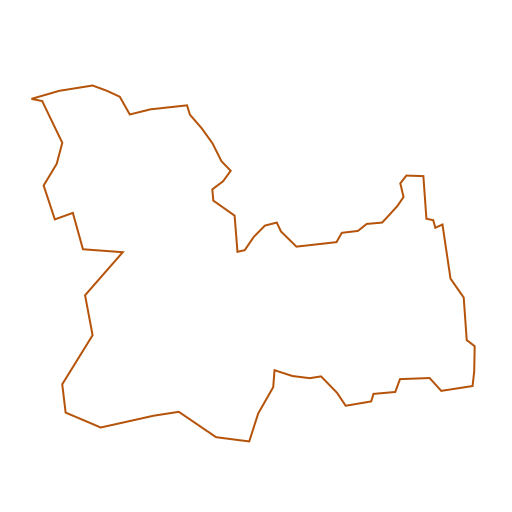 Lezhë, Lezhë, Albania (Equal Earth projection), rotated 265°
{"feature_id": "67620474B20431026689517", "entity_name": "Lezhë", "entity_type": "district", "adm_level": 2, "iso_a3": "ALB", "parent_name": "Albania", "parent_adm1": "Lezhë", "projection": "equal_earth", "projection_center": [19.698, 41.807], "detail": "fine", "context": "isolated", "style": "outline", "palette": "amber", "viewbox_px": 512, "rotation_deg": 265, "n_neighbors": 0, "source": "geoboundaries", "source_scale": "gbopen_adm2", "svg_char_len": 1093}
<svg xmlns="http://www.w3.org/2000/svg" viewBox="0 0 512 512"><g transform="rotate(265 256 256)"><path d="M310.0,58.8L314.9,77.3L277.8,84.2L271.4,123.6L255.6,107.1L231.8,82.3L191.3,86.3L145.1,51.8L116.6,52.7L98.7,86.3L105.8,139.9L107.5,165.5L79.0,200.4L73.9,223.6L71.9,233.1L99.0,244.5L123.8,261.7L140.6,264.5L133.3,281.7L129.6,298.9L130.4,310.3L112.8,324.7L99.0,332.3L101.1,358.1L108.4,361.0L108.4,382.9L120.8,388.7L119.3,418.3L105.5,428.8L107.6,460.4L121.9,463.3L147.1,466.0L153.8,458.6L196.5,459.3L216.5,447.8L271.1,444.5L268.5,437.1L276.2,435.7L278.3,429.0L321.0,429.7L323.0,412.8L315.8,406.1L301.9,408.1L293.7,401.4L285.0,392.0L278.3,384.6L278.3,369.1L272.1,359.7L271.6,343.5L262.8,337.4L261.8,297.1L278.3,283.0L287.5,279.6L285.5,267.5L275.2,255.4L262.8,245.3L261.8,237.9L298.1,238.2L314.9,218.3L326.2,218.3L333.4,229.8L343.1,238.2L353.5,229.8L372.0,222.5L388.0,213.0L402.5,202.5L412.1,200.4L411.3,163.6L408.0,142.6L426.5,134.2L433.7,121.6L440.1,108.0L437.7,74.4L432.1,46.0L429.0,56.5L385.7,72.9L365.2,65.5L344.7,50.6L310.0,58.8Z" fill="none" stroke="#b45309" stroke-width="2"/></g></svg>